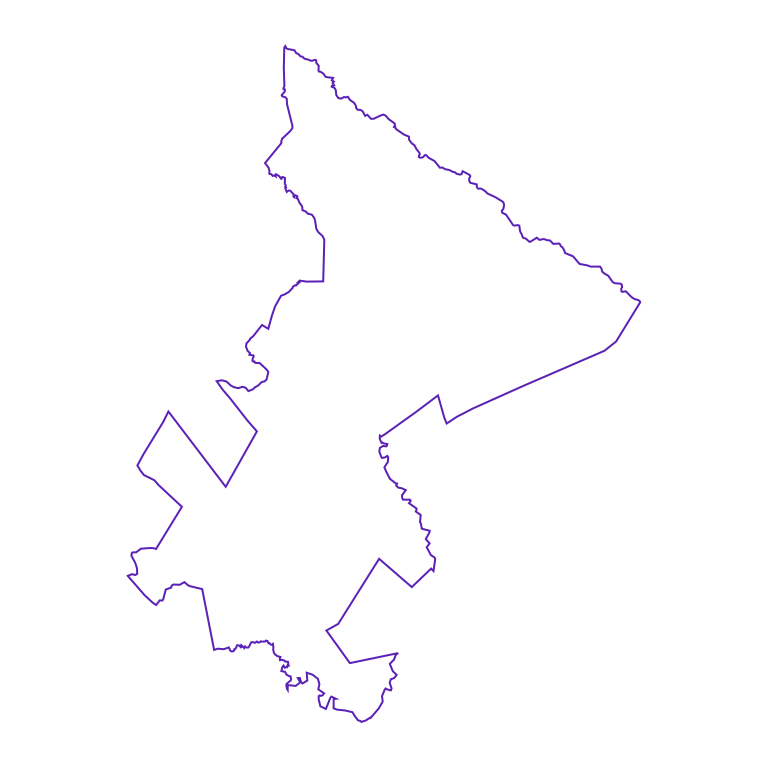 outline of Cosolapa, Veracruz, Mexico
{"feature_id": "50627088B71851344630431", "entity_name": "Cosolapa", "entity_type": "district", "adm_level": 2, "iso_a3": "MEX", "parent_name": "Mexico", "parent_adm1": "Veracruz", "projection": "mercator", "projection_center": [-96.661, 18.58], "detail": "fine", "context": "isolated", "style": "outline", "palette": "violet", "viewbox_px": 768, "rotation_deg": 0, "n_neighbors": 0, "source": "geoboundaries", "source_scale": "gbopen_adm2", "svg_char_len": 6076}
<svg xmlns="http://www.w3.org/2000/svg" viewBox="0 0 768 768"><path d="M640.2,302.3L639.5,300.9L638.1,300.0L634.4,299.0L631.3,296.9L625.8,291.3L622.3,291.9L621.4,291.2L621.2,288.7L622.2,287.0L621.7,284.5L620.6,283.7L614.7,283.2L612.7,282.1L608.2,275.7L604.5,273.6L602.2,271.6L601.4,268.4L600.0,266.6L590.5,266.6L587.8,265.5L579.5,263.9L573.0,256.3L565.0,253.0L564.3,250.6L562.6,247.5L561.0,246.3L559.8,244.1L558.9,243.5L553.3,243.9L549.9,240.4L547.4,240.3L543.8,239.0L539.4,239.9L536.8,237.7L530.6,241.6L529.4,241.8L525.8,238.6L523.5,237.9L522.7,237.1L521.4,233.6L520.1,231.4L519.3,225.6L517.4,225.1L514.6,225.7L513.1,225.1L506.0,214.6L502.2,212.7L501.8,210.7L503.3,209.1L504.1,205.0L503.5,202.7L502.6,201.6L495.4,197.2L487.3,193.4L485.4,191.3L482.1,189.1L480.4,188.5L478.4,188.7L477.7,188.4L476.9,187.0L476.7,184.4L470.3,182.8L469.2,180.8L469.2,178.6L470.3,176.0L469.7,175.0L462.7,171.2L461.5,174.2L459.8,174.6L456.5,173.7L455.0,172.3L452.7,171.8L449.6,170.1L444.8,169.1L442.6,167.6L439.9,167.7L434.6,161.1L428.5,157.7L426.2,155.1L424.9,155.1L423.3,157.0L421.9,157.6L420.4,157.7L418.9,157.1L419.0,155.6L419.8,154.3L419.4,152.8L416.5,149.2L414.3,145.1L411.8,143.4L409.1,139.7L408.9,136.6L404.0,134.6L396.2,129.2L395.6,128.0L394.0,127.0L395.2,125.9L394.7,125.3L394.8,123.6L388.5,119.0L385.9,115.8L383.5,114.6L381.0,115.3L373.6,118.8L371.0,118.8L367.4,114.8L365.1,115.8L362.6,111.2L360.3,109.9L357.7,109.8L356.0,107.7L356.1,106.4L354.3,103.0L349.9,99.9L347.9,96.8L346.3,97.3L344.0,97.1L341.1,98.6L338.4,98.1L336.3,95.1L335.8,90.4L335.1,88.7L334.2,87.7L331.7,86.8L331.9,85.9L334.1,85.3L332.6,83.0L333.9,81.6L331.8,80.3L333.1,77.9L326.2,77.1L325.3,76.5L323.5,73.7L320.6,71.8L318.9,71.5L318.5,70.7L318.7,65.8L316.3,62.8L316.2,60.3L315.2,59.8L312.2,60.7L310.4,60.7L308.6,59.7L304.4,58.7L302.5,56.7L300.6,56.4L298.5,54.2L296.0,52.9L294.4,50.2L287.6,49.0L286.3,48.2L285.3,46.1L284.3,47.5L283.8,67.6L284.4,86.3L283.4,88.2L283.5,89.1L284.6,89.2L285.0,90.2L284.7,91.6L281.7,95.1L282.3,96.4L284.9,97.0L286.7,98.6L287.1,104.6L292.1,124.6L292.5,126.6L292.2,128.5L290.0,131.3L282.1,138.8L281.3,141.3L281.3,143.2L265.0,163.1L268.6,167.7L269.5,171.0L269.2,173.4L269.6,174.0L271.4,174.2L272.6,175.9L274.3,175.5L275.7,176.4L275.3,174.7L275.9,174.2L278.9,175.9L281.2,178.8L281.6,178.8L281.8,177.3L282.7,177.0L285.0,178.0L284.8,183.8L285.8,185.4L285.2,186.7L286.1,187.5L285.3,188.3L286.8,191.9L288.5,190.5L290.2,190.7L293.5,194.1L293.5,196.7L294.2,197.2L294.6,195.9L295.4,195.3L296.8,195.9L297.4,196.5L296.5,198.2L297.7,198.6L299.7,203.1L301.7,205.7L302.4,207.9L302.4,210.1L306.0,211.7L307.6,213.6L311.9,214.7L314.2,217.9L315.1,220.7L316.4,229.1L318.7,232.6L322.5,235.9L324.3,239.7L323.2,281.4L306.5,281.6L299.7,280.6L297.9,282.4L299.1,282.6L295.9,285.5L295.1,285.2L292.8,286.9L292.8,287.7L289.0,291.8L284.7,294.4L281.1,295.7L275.1,306.3L271.8,316.0L268.3,328.8L262.0,325.0L253.2,336.2L250.2,338.6L250.0,339.5L246.5,343.4L245.9,346.4L247.7,351.0L250.0,353.1L249.4,354.8L253.4,355.4L253.7,356.2L252.6,359.1L252.5,361.0L253.5,361.7L254.3,361.4L255.4,362.9L259.7,363.1L266.9,369.8L268.3,372.1L266.6,379.4L264.7,381.3L261.7,382.0L258.2,385.5L255.4,387.0L252.8,389.4L248.4,391.1L245.6,387.7L242.5,386.8L238.2,388.2L233.7,387.1L230.5,385.3L226.7,381.7L224.7,381.0L221.6,380.3L216.7,381.2L222.7,389.7L229.9,398.1L247.4,420.5L256.9,431.4L225.7,486.8L168.4,411.5L163.3,421.8L143.7,453.8L137.4,465.4L140.7,471.0L144.0,475.1L154.3,480.2L158.3,484.8L181.9,506.8L156.0,549.0L153.7,548.2L150.2,548.0L140.9,548.7L136.2,552.3L132.6,552.4L131.8,553.0L131.4,555.7L135.3,563.0L137.0,568.3L137.2,573.9L135.3,575.0L132.0,574.2L127.8,575.9L144.7,595.3L152.6,602.6L156.1,605.0L159.9,600.3L162.1,600.6L163.1,599.6L165.8,589.5L171.2,587.6L171.6,585.7L173.6,584.5L179.7,584.8L184.4,582.1L187.9,585.2L190.1,586.2L202.2,589.1L214.1,649.9L217.6,648.7L223.8,649.2L228.8,647.4L230.2,650.5L231.1,651.3L233.0,651.4L234.0,650.7L234.3,649.2L235.3,649.1L237.2,645.2L239.1,645.5L240.7,647.1L241.2,645.1L242.0,645.8L242.2,646.9L244.0,646.7L244.3,647.9L245.2,646.6L245.7,647.4L248.1,647.6L249.2,646.4L251.1,642.4L252.8,642.1L254.9,642.9L256.9,641.5L258.1,642.5L259.5,642.4L260.8,641.3L262.1,641.7L265.6,641.4L266.0,640.6L267.4,640.9L268.5,643.2L269.3,643.0L270.6,644.5L271.9,644.8L272.9,643.9L273.4,647.0L273.2,649.7L273.9,652.8L275.0,654.4L277.3,656.1L280.4,656.9L279.8,658.7L280.0,660.2L282.0,659.8L284.3,660.5L285.0,661.5L288.0,661.8L288.6,665.5L287.6,665.1L287.2,667.1L286.7,666.9L284.7,667.7L283.6,665.6L282.3,667.1L281.4,671.1L285.0,671.8L286.5,674.6L289.0,676.1L290.6,676.4L291.1,679.1L290.8,680.3L286.6,683.9L286.3,685.1L287.0,688.9L287.7,690.0L287.7,685.1L295.7,685.9L300.3,682.3L297.8,678.1L299.9,678.0L300.9,681.7L302.4,683.5L307.3,680.6L306.7,672.7L312.6,674.7L317.9,678.8L319.4,684.2L318.3,689.3L324.1,693.4L322.6,695.2L321.0,695.9L319.8,695.4L318.7,696.2L318.7,699.5L320.4,706.3L325.9,709.0L330.3,697.9L331.4,696.6L336.0,698.8L333.7,699.1L333.6,708.3L336.8,709.6L345.3,710.5L352.5,712.2L354.7,716.0L358.0,720.3L360.4,721.0L361.4,721.9L365.7,720.5L370.3,717.6L370.6,717.9L378.7,708.5L382.7,701.6L382.0,696.2L384.7,689.7L385.6,688.5L386.9,689.3L390.8,690.4L391.6,688.5L389.7,682.8L390.8,679.3L394.3,678.0L396.7,674.9L392.8,671.2L389.8,663.9L394.1,659.5L395.6,655.1L398.1,653.1L349.9,663.1L326.4,630.5L338.2,623.9L379.1,558.8L411.8,587.1L431.1,568.6L433.5,571.1L435.2,559.1L434.7,557.6L431.0,555.2L426.7,547.3L429.6,543.4L425.8,539.1L429.6,532.1L429.7,530.8L421.8,528.7L420.9,523.5L420.0,522.1L420.7,515.0L415.8,511.5L416.7,509.0L416.2,508.3L409.0,503.2L410.7,500.8L410.0,499.7L403.1,499.7L402.1,497.7L402.0,495.2L405.8,490.1L401.6,488.2L398.2,487.6L396.2,485.6L397.1,483.6L395.6,483.3L390.0,478.9L386.5,472.3L384.4,467.3L387.9,461.8L388.2,457.2L387.3,455.9L385.2,457.3L382.2,458.0L381.3,457.0L379.3,451.5L379.9,447.9L383.2,445.9L386.1,446.4L386.7,446.1L387.3,444.1L383.4,443.3L382.4,442.5L381.6,442.9L379.7,438.8L379.9,435.6L381.2,436.6L385.0,434.2L416.4,411.7L438.0,395.4L444.3,417.7L446.7,423.5L457.0,416.7L473.5,408.2L524.2,385.5L604.4,350.8L616.1,341.5L640.2,302.3Z" fill="none" stroke="#5b21b6" stroke-width="2"/></svg>